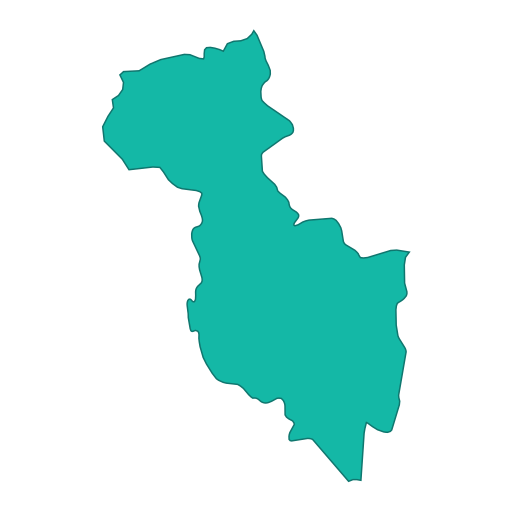 the border of San Miguel
{"feature_id": "SLV-1352", "entity_name": "San Miguel", "entity_type": "Department", "adm_level": 1, "iso_a3": "SLV", "parent_name": "El Salvador", "parent_adm1": "", "projection": "orthographic", "projection_center": [-88.259, 13.545], "detail": "fine", "context": "isolated", "style": "filled", "palette": "teal", "viewbox_px": 512, "rotation_deg": 0, "n_neighbors": 0, "source": "natural_earth", "source_scale": "10m", "svg_char_len": 3537}
<svg xmlns="http://www.w3.org/2000/svg" viewBox="0 0 512 512"><path d="M223.3,51.2L227.4,43.7L233.7,41.3L240.8,40.8L247.2,38.6L251.8,34.2L253.8,30.7L257.0,35.2L263.8,51.4L264.9,56.2L265.1,58.2L266.0,60.8L268.3,65.4L270.2,70.4L270.3,74.0L269.9,75.7L269.4,77.2L268.7,78.6L267.8,79.8L266.8,80.8L265.5,81.6L264.5,82.5L262.7,84.8L262.0,86.0L261.7,87.0L261.3,88.1L260.8,91.5L261.1,97.3L261.5,99.0L262.0,100.5L264.1,102.7L267.4,105.7L289.5,120.8L290.8,122.4L292.4,124.7L293.4,128.3L293.4,130.5L292.9,132.3L292.0,133.4L290.9,134.4L289.5,135.2L285.1,136.8L282.4,138.3L263.1,152.2L262.2,153.3L261.5,154.6L261.4,156.2L262.4,171.3L264.2,174.1L267.3,177.6L274.7,184.3L276.7,187.3L277.7,190.9L279.8,193.0L285.4,197.2L287.6,200.0L288.8,202.3L289.1,204.2L289.5,205.8L290.1,207.2L291.0,208.4L292.3,209.5L296.4,212.1L297.8,213.5L298.7,215.0L298.6,216.6L298.0,218.0L294.5,222.7L293.9,224.0L293.9,225.1L294.9,225.8L298.1,224.8L302.8,222.0L305.8,220.9L309.1,220.1L331.8,218.3L334.0,219.0L336.1,220.4L338.6,223.6L340.8,227.7L341.7,230.9L343.4,241.6L344.1,243.0L345.0,244.2L346.2,245.1L354.9,250.3L356.8,252.1L358.2,253.7L358.7,254.9L359.7,256.6L360.5,257.6L363.4,258.0L367.7,257.5L390.7,250.5L396.7,250.1L409.3,252.1L405.5,257.3L404.3,264.9L404.6,283.1L406.9,291.8L406.9,293.8L406.3,295.8L404.1,298.5L402.5,299.9L400.9,301.0L398.4,302.5L397.3,303.4L396.4,305.8L395.9,309.7L396.2,325.1L397.9,335.7L398.5,337.3L399.2,338.7L404.7,347.5L405.4,348.9L405.9,350.4L406.1,351.9L398.6,395.2L398.8,397.7L399.7,401.2L399.3,404.9L391.7,430.0L390.3,431.4L387.6,432.3L385.6,432.2L383.7,431.9L377.5,429.7L372.5,426.6L367.7,423.1L366.4,422.5L364.9,428.5L364.1,433.1L360.9,480.3L356.9,479.6L352.9,479.6L348.6,481.3L312.6,439.4L311.1,438.8L309.4,438.5L307.6,438.4L291.6,440.9L290.2,440.6L289.1,439.4L289.0,436.4L289.3,434.4L289.9,432.5L294.3,424.4L293.9,422.8L292.6,420.9L288.7,418.8L286.5,417.1L285.1,414.9L285.0,405.9L284.8,404.2L284.2,402.3L283.3,400.5L281.3,398.4L278.9,398.1L277.0,398.3L271.5,401.3L268.5,402.5L266.9,402.9L265.2,403.0L263.6,402.7L262.1,402.2L260.8,401.4L258.6,399.5L257.4,398.7L255.9,398.1L254.2,398.0L252.7,398.1L251.0,396.9L248.6,394.6L243.4,388.4L240.4,386.0L237.7,384.4L226.2,383.1L223.1,382.3L218.7,380.3L217.5,379.5L216.4,378.7L212.3,373.4L206.4,363.9L203.2,357.5L200.1,346.7L199.3,342.0L198.9,338.5L199.0,334.6L198.7,332.7L197.8,331.2L195.4,330.4L192.7,331.4L191.7,331.3L190.9,330.7L190.2,328.7L188.3,317.6L188.2,313.7L187.2,305.7L187.1,303.9L187.3,302.1L187.8,300.6L188.7,299.4L189.8,299.1L190.6,299.4L191.3,300.0L192.1,301.0L193.0,301.7L194.1,301.8L194.9,300.9L195.5,299.3L195.7,295.6L195.6,291.9L195.8,290.1L196.3,288.5L197.1,287.1L198.0,286.0L201.1,283.1L201.3,282.9L202.0,281.4L202.2,280.0L202.0,277.8L199.6,269.8L199.1,266.7L199.1,264.2L200.3,259.5L200.3,258.0L199.6,255.8L192.5,240.8L192.0,239.1L191.8,237.4L191.7,233.9L192.0,232.1L192.5,230.5L193.1,229.2L194.1,228.1L195.4,227.3L198.6,226.3L199.9,225.6L200.9,224.5L201.7,223.3L202.3,221.8L202.5,220.2L202.2,218.0L201.5,215.6L199.8,211.3L198.6,206.2L198.7,204.5L199.0,202.7L201.8,194.9L201.8,193.2L199.9,191.7L196.2,190.5L182.0,188.7L177.4,187.2L172.4,183.5L168.4,179.7L163.5,172.0L159.9,167.4L152.9,167.0L129.0,169.7L122.3,159.2L104.3,141.1L102.7,126.9L102.7,126.7L108.0,116.3L113.5,107.9L112.3,99.6L118.5,95.5L122.7,89.5L123.5,82.4L119.9,74.9L122.5,72.6L123.5,71.6L139.1,70.8L150.1,64.1L160.7,59.6L184.3,54.4L189.9,54.7L199.2,58.4L203.5,58.9L204.2,57.1L204.2,53.6L204.6,49.8L206.5,47.7L210.3,47.4L214.9,48.2L219.6,49.6L223.3,51.2Z" fill="#14b8a6" stroke="#0f766e" stroke-width="1.5"/></svg>